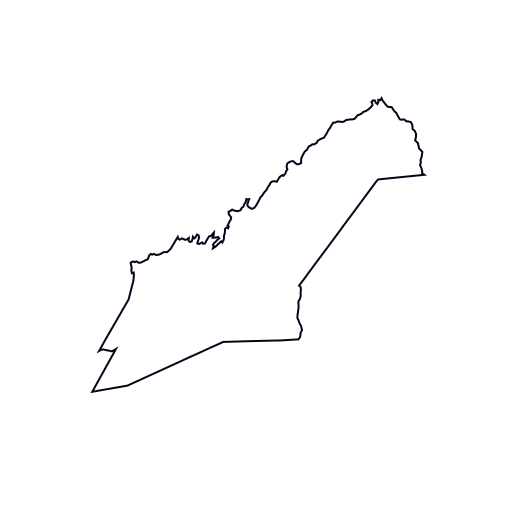 Pinheiro, Maranhão, Brazil, rotated 210°
{"feature_id": "56859067B21077671086214", "entity_name": "Pinheiro", "entity_type": "district", "adm_level": 2, "iso_a3": "BRA", "parent_name": "Brazil", "parent_adm1": "Maranhão", "projection": "equal_earth", "projection_center": [-45.102, -2.495], "detail": "fine", "context": "isolated", "style": "outline", "palette": "ink", "viewbox_px": 512, "rotation_deg": 210, "n_neighbors": 0, "source": "geoboundaries", "source_scale": "gbopen_adm2", "svg_char_len": 3637}
<svg xmlns="http://www.w3.org/2000/svg" viewBox="0 0 512 512"><g transform="rotate(210 256 256)"><path d="M361.2,187.6L359.8,185.8L358.1,184.1L357.2,182.2L356.3,180.7L354.8,179.0L353.6,180.5L352.4,178.8L351.0,175.8L349.9,173.5L344.6,154.6L344.6,150.0L344.6,145.1L344.6,118.1L344.6,112.5L344.6,109.8L344.4,95.3L343.1,97.4L341.6,98.7L340.1,99.1L338.8,99.6L337.4,99.9L335.7,100.7L334.0,101.0L332.8,101.8L330.8,105.4L329.9,56.6L302.5,79.5L291.5,95.0L268.8,126.9L261.8,136.8L258.5,141.3L248.9,154.8L241.4,165.2L222.8,176.7L203.8,188.3L191.8,195.6L177.5,205.1L177.3,207.8L178.0,209.8L178.9,211.5L179.1,214.9L181.0,216.8L182.2,218.2L183.9,218.9L187.4,221.9L189.0,222.8L190.2,224.9L192.6,230.9L194.2,234.2L195.4,235.8L196.6,237.9L196.5,240.9L197.4,244.1L198.6,245.7L200.1,248.9L201.3,250.9L202.5,251.7L203.9,251.8L203.1,258.2L202.2,266.3L200.5,281.4L197.5,307.0L197.2,309.4L194.3,335.5L193.8,339.3L190.9,364.9L189.1,380.5L188.5,383.4L150.8,410.5L153.6,410.8L154.6,412.8L156.7,414.8L159.4,416.7L159.9,419.2L161.6,421.6L162.1,424.8L163.1,427.1L163.9,429.3L166.3,430.1L168.5,430.6L170.8,433.2L172.4,434.8L174.3,435.2L176.0,435.7L177.0,439.1L178.3,441.6L181.0,443.7L183.8,444.2L184.8,445.7L186.2,447.7L189.0,449.4L191.8,448.5L193.2,447.8L195.6,448.4L196.8,447.9L198.1,446.7L199.8,446.3L203.0,448.1L204.5,449.1L206.1,450.1L208.4,450.5L209.9,451.2L213.0,452.8L214.3,452.1L216.5,451.1L219.1,451.9L224.4,454.1L226.2,455.4L226.3,453.1L228.2,452.3L227.1,450.8L226.8,448.3L228.8,448.6L230.8,450.1L232.5,449.3L233.0,447.0L231.7,446.3L230.6,445.1L230.7,443.1L231.9,439.3L233.3,436.5L235.2,434.3L235.8,432.2L237.0,430.2L238.4,428.7L238.9,425.6L239.4,423.8L240.7,422.6L243.2,421.0L244.6,419.9L246.1,418.6L246.9,416.6L248.0,415.4L249.9,414.6L252.7,413.2L254.1,411.2L255.8,410.1L256.0,407.4L255.9,404.0L256.3,401.3L256.1,397.9L256.3,392.5L258.0,390.3L259.1,388.8L260.1,386.7L260.1,384.1L261.8,381.4L263.1,380.9L263.8,379.1L265.0,377.3L265.0,373.6L266.0,370.7L265.9,365.6L265.5,362.9L263.4,359.0L264.8,356.9L266.6,355.9L268.9,356.2L271.1,356.8L272.9,355.6L274.4,353.5L275.1,351.8L274.6,349.7L273.5,347.8L272.1,346.7L272.3,344.2L271.8,342.3L272.3,339.2L273.6,339.3L275.0,336.3L275.1,333.0L275.1,330.7L276.9,330.2L279.1,328.9L280.0,326.9L279.9,323.8L280.2,321.6L279.9,319.1L280.3,316.9L280.7,315.0L280.9,311.1L281.5,309.2L281.3,306.7L281.2,303.5L281.1,300.3L281.5,296.9L283.3,294.7L286.5,294.7L288.2,295.1L289.3,296.3L289.9,299.1L290.4,301.8L291.6,300.8L292.9,300.5L292.0,298.1L292.0,294.7L291.6,292.4L292.4,290.7L292.3,287.8L294.2,285.7L296.2,284.9L298.1,284.3L299.9,284.3L300.7,282.2L301.9,280.6L300.3,278.5L298.4,277.7L296.7,276.9L296.0,274.5L296.2,272.7L295.9,270.1L295.8,268.0L294.3,267.9L294.0,266.0L295.9,265.7L296.4,263.8L295.1,261.7L294.3,259.6L293.6,256.9L292.5,255.3L292.0,253.3L291.9,250.8L293.5,251.3L294.7,247.3L295.8,243.6L297.1,241.2L297.7,243.7L298.9,244.1L298.8,246.3L298.0,248.2L297.6,250.5L296.7,252.9L298.3,253.5L300.3,251.7L302.6,250.2L303.1,252.9L304.2,255.3L304.7,252.9L305.1,250.5L306.4,249.7L306.6,246.9L306.6,244.1L306.4,241.4L307.9,240.2L309.4,240.9L310.4,239.3L311.3,237.9L313.2,237.6L313.9,240.8L314.5,243.5L316.0,245.1L317.8,245.1L317.7,242.1L318.2,240.4L320.3,241.2L319.4,238.7L319.0,236.3L320.2,235.1L322.0,235.5L323.2,238.0L324.1,236.0L325.3,234.6L329.0,234.2L330.2,232.0L331.8,232.0L333.3,233.4L333.5,219.5L334.2,217.1L334.9,214.9L337.3,213.6L338.6,212.2L339.4,210.4L340.9,208.5L343.1,206.9L345.5,206.8L346.6,205.2L348.1,205.3L348.8,203.3L348.4,201.2L348.0,199.2L349.6,197.1L350.9,195.0L351.9,193.5L353.2,192.0L354.7,191.4L356.6,191.7L357.8,190.2L359.8,189.8L361.2,187.6Z" fill="none" stroke="#020617" stroke-width="2"/></g></svg>